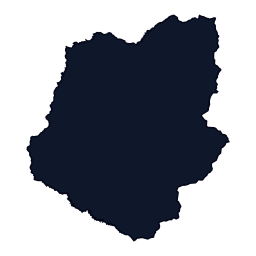 Mae Charim, Nan, Thailand
{"feature_id": "78962969B26100393225543", "entity_name": "Mae Charim", "entity_type": "district", "adm_level": 2, "iso_a3": "THA", "parent_name": "Thailand", "parent_adm1": "Nan", "projection": "orthographic", "projection_center": [101.038, 18.711], "detail": "fine", "context": "isolated", "style": "filled", "palette": "ink", "viewbox_px": 256, "rotation_deg": 0, "n_neighbors": 0, "source": "geoboundaries", "source_scale": "gbopen_adm2", "svg_char_len": 5688}
<svg xmlns="http://www.w3.org/2000/svg" viewBox="0 0 256 256"><path d="M173.1,15.4L169.6,16.7L168.3,17.8L168.1,18.4L165.5,19.7L165.2,20.5L163.4,21.4L162.5,22.5L160.1,22.7L157.8,23.9L157.3,24.7L155.6,25.6L154.2,28.1L152.6,28.2L151.2,29.3L150.4,30.9L149.3,30.5L148.5,30.9L147.9,30.6L147.3,30.8L147.0,31.7L147.8,32.4L147.0,32.6L146.6,33.2L145.4,33.2L145.7,34.7L145.1,35.4L144.3,35.4L144.4,36.7L143.6,36.9L143.7,37.6L143.0,38.3L142.2,38.5L142.3,39.8L141.6,39.9L141.8,41.1L141.1,40.9L139.8,42.1L138.3,42.3L137.5,43.0L138.1,43.8L136.8,44.2L136.5,44.9L135.2,44.4L133.4,43.1L130.3,43.8L127.0,43.5L125.0,42.5L124.8,41.1L120.9,39.4L119.7,39.2L117.4,39.3L116.3,37.8L115.0,37.3L113.4,35.5L112.0,34.9L111.1,33.5L109.9,32.9L108.4,33.0L106.9,34.1L104.8,34.7L103.0,34.4L100.6,32.7L99.6,32.9L98.1,32.6L96.8,32.7L95.6,33.6L93.6,34.2L94.7,35.6L94.4,36.1L93.7,36.2L92.7,36.8L93.3,38.9L91.6,39.2L90.4,41.1L88.7,40.9L87.7,41.2L86.2,40.2L86.4,41.3L85.8,42.0L84.0,41.8L83.7,42.8L83.1,42.2L81.8,42.0L81.1,42.8L79.7,42.8L79.0,44.1L77.7,43.5L76.6,42.5L74.8,42.5L73.5,43.4L74.4,44.3L74.8,45.5L73.2,45.8L72.6,47.6L71.6,48.2L68.9,47.8L66.4,46.8L66.5,48.3L65.9,48.7L65.7,50.5L66.9,53.5L66.1,54.1L66.2,55.2L65.4,55.9L65.8,57.8L67.1,59.1L67.2,61.4L66.0,62.8L66.9,64.9L66.5,65.3L66.9,66.0L66.7,67.7L65.5,68.1L66.2,69.0L65.5,69.7L65.6,70.8L65.0,71.0L65.0,71.5L64.3,72.0L64.2,73.0L63.4,73.4L62.4,72.8L61.5,73.4L61.7,74.1L63.1,75.0L63.5,75.9L62.1,76.2L62.1,76.7L61.6,76.9L61.9,79.8L60.6,81.3L61.0,81.9L57.5,83.0L58.6,85.7L58.3,86.9L56.6,87.6L54.4,91.2L54.1,93.8L54.7,94.5L54.7,95.8L54.0,97.3L54.1,100.4L53.3,102.0L52.1,102.6L51.6,104.6L50.4,105.2L50.5,106.4L51.6,108.1L51.7,110.7L50.2,111.9L50.3,113.5L49.6,114.4L48.2,114.7L46.0,116.9L46.5,118.8L48.0,119.4L48.1,120.1L48.6,120.4L49.3,121.9L49.1,122.7L49.8,123.5L49.3,124.4L49.7,124.9L48.1,127.6L46.7,128.6L44.6,129.2L44.3,130.8L43.2,131.1L42.3,132.6L41.0,132.9L38.3,136.1L33.5,136.9L32.3,136.5L31.0,137.5L31.0,140.0L30.4,141.3L30.4,145.0L29.7,146.3L28.2,146.6L27.4,147.7L27.5,148.5L27.2,149.2L28.0,150.5L29.8,152.2L29.9,155.5L31.1,156.7L31.2,157.9L31.9,158.7L31.4,160.6L32.1,162.9L30.3,167.2L30.6,168.6L31.8,170.5L31.3,172.4L32.6,173.3L33.4,173.5L34.2,174.6L33.8,175.4L35.0,176.6L34.4,177.9L34.4,179.5L38.2,180.5L42.1,180.4L42.6,181.1L42.5,181.9L44.0,182.2L44.4,183.4L46.0,184.7L46.1,185.2L46.6,185.2L46.7,185.6L47.2,185.1L48.3,185.3L48.4,185.7L49.3,185.9L49.9,187.2L51.2,186.6L51.7,187.8L52.4,187.7L52.6,188.1L53.0,188.0L54.1,188.7L54.6,189.5L55.1,189.4L55.1,190.2L56.9,189.9L60.0,193.3L61.1,193.0L62.2,194.0L62.9,193.8L62.9,193.2L65.0,193.5L67.1,193.0L67.5,193.6L67.4,194.6L69.0,197.0L67.7,198.9L68.9,199.6L69.1,200.2L70.9,200.3L70.1,201.1L70.7,201.7L71.2,201.3L71.5,201.5L71.6,202.3L71.0,202.9L71.6,202.9L72.2,203.8L71.5,204.8L71.8,205.6L72.2,205.6L73.1,204.3L73.5,204.3L73.8,204.8L73.5,206.3L75.0,206.1L75.3,207.6L78.0,208.5L78.7,209.1L79.5,209.2L79.7,210.0L81.5,210.9L82.1,211.9L82.7,210.8L83.4,211.3L84.1,210.9L85.6,211.1L85.9,210.1L87.7,209.3L88.7,210.4L88.4,210.8L88.9,212.6L89.4,212.1L90.1,212.0L90.0,211.1L90.8,211.8L89.8,213.3L90.9,214.5L90.8,215.2L93.2,216.1L92.4,217.3L93.1,218.0L94.1,217.7L94.4,218.4L94.6,217.6L95.7,217.6L95.6,219.4L96.9,220.2L97.5,219.7L98.6,219.6L98.5,220.2L99.4,220.4L100.1,221.2L100.4,219.9L101.3,220.6L101.5,219.7L101.8,219.5L102.0,220.1L102.6,220.2L102.2,220.6L103.2,221.0L103.0,221.7L103.7,221.3L105.1,222.0L106.8,223.2L106.8,223.7L107.2,223.4L107.5,223.9L108.4,223.6L108.6,224.4L109.0,224.1L109.5,224.4L110.5,223.6L110.6,224.5L111.1,224.2L111.5,224.6L112.3,224.3L111.8,224.8L112.7,224.8L112.5,225.3L113.2,225.4L113.4,224.9L114.5,225.2L114.7,225.7L115.5,225.8L115.3,226.6L116.7,228.5L118.6,229.6L118.5,230.4L119.8,230.6L119.8,232.0L121.5,232.3L121.6,232.8L122.9,233.1L124.4,234.1L126.3,234.6L128.2,234.5L131.0,236.9L133.9,240.6L135.6,239.7L136.5,238.4L137.3,238.1L142.3,237.4L147.7,238.9L150.6,237.5L153.4,237.1L154.3,233.8L155.4,232.5L155.4,230.8L157.7,229.5L159.0,228.3L159.5,226.2L158.8,223.1L159.2,222.2L163.9,220.5L166.0,220.9L169.3,219.5L171.4,219.6L173.4,217.8L174.3,217.9L176.2,218.8L178.1,217.9L178.6,217.1L177.8,212.9L178.0,212.3L179.2,211.5L179.8,207.8L180.6,206.8L180.6,206.1L178.2,201.6L176.9,201.1L178.1,192.5L177.7,191.8L176.6,191.3L176.4,190.9L178.0,186.9L180.2,186.2L182.3,185.1L184.9,185.1L188.0,184.3L189.8,183.2L195.2,182.8L195.9,182.5L198.5,179.5L201.0,180.0L202.2,179.9L202.9,179.4L204.4,177.2L206.7,175.3L207.7,173.2L209.9,172.2L211.8,170.0L212.1,168.5L211.3,166.3L211.3,163.5L212.3,162.5L216.1,160.3L218.2,155.1L220.5,153.1L221.1,147.9L222.8,147.1L224.9,144.9L225.9,142.5L228.8,141.7L227.8,140.0L227.8,138.5L226.9,137.5L226.1,135.7L224.4,134.7L222.7,134.6L222.0,134.3L220.1,131.2L217.8,131.1L215.7,128.5L214.1,127.8L207.3,127.4L206.3,125.5L206.6,121.1L206.0,120.6L204.6,120.3L201.3,116.0L201.6,114.6L207.8,110.7L208.1,110.2L208.4,107.6L209.5,104.4L209.2,101.9L209.6,98.8L210.6,96.1L212.6,93.1L213.5,92.7L216.7,92.7L217.6,91.6L215.5,89.9L215.6,89.2L216.5,88.0L216.2,86.6L217.1,84.2L215.8,82.6L215.4,80.8L216.4,78.4L217.3,77.4L217.3,75.3L218.1,74.3L218.3,72.9L220.7,69.9L220.6,69.4L218.7,68.0L217.3,66.1L215.2,65.2L214.4,63.7L214.6,60.1L214.0,59.7L213.5,58.6L213.6,52.7L214.2,51.8L216.2,50.5L216.5,49.4L218.6,46.9L217.2,42.9L217.8,41.6L218.0,40.2L217.1,38.2L218.4,36.8L218.5,36.0L217.3,34.9L217.0,32.4L215.3,29.5L215.1,25.3L213.8,24.0L214.2,21.0L215.0,19.8L215.3,18.2L213.9,17.9L211.9,18.9L211.0,18.8L209.8,19.4L208.1,18.6L206.6,18.4L203.2,16.7L201.5,16.5L199.6,15.5L199.2,16.2L199.1,17.8L198.0,19.4L197.2,19.3L194.9,17.9L193.6,18.5L192.4,18.5L191.0,20.0L188.6,20.7L186.4,22.2L182.4,22.7L180.8,21.7L178.5,21.0L177.7,19.8L177.2,17.6L174.1,15.5L173.1,15.4Z" fill="#0f172a" stroke="#020617" stroke-width="1.5"/></svg>